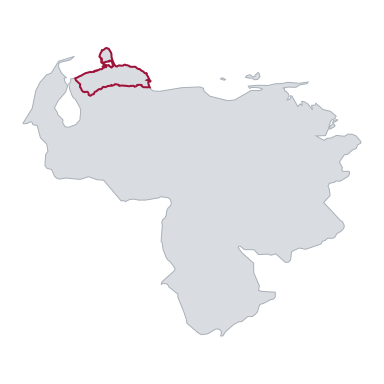 location of Falcón within Venezuela
{"feature_id": "VEN-23", "entity_name": "Falcón", "entity_type": "State", "adm_level": 1, "iso_a3": "VEN", "parent_name": "Venezuela", "parent_adm1": "", "projection": "albers", "projection_center": [-69.856, 11.252], "detail": "fine", "context": "in_parent", "style": "outline", "palette": "rose", "viewbox_px": 384, "rotation_deg": 0, "n_neighbors": 0, "source": "natural_earth", "source_scale": "10m", "svg_char_len": 8105}
<svg xmlns="http://www.w3.org/2000/svg" viewBox="0 0 384 384"><path d="M356.1,135.9L361.0,141.8L360.6,143.3L357.7,144.8L356.2,148.4L352.6,150.0L347.6,154.3L344.3,154.8L339.4,162.0L342.4,167.3L341.8,170.1L343.1,171.4L349.1,171.4L349.7,172.8L349.0,175.1L348.0,176.5L340.0,181.3L336.1,180.9L334.5,182.3L329.3,183.4L328.0,186.1L329.4,189.7L330.1,195.5L323.7,202.6L340.6,220.6L342.4,221.5L344.3,225.7L343.8,228.3L341.0,231.3L336.9,233.6L334.6,237.5L332.1,238.4L327.6,238.2L325.4,240.3L322.6,241.2L320.8,244.1L305.7,249.3L299.2,248.0L291.6,251.6L290.5,260.3L288.2,262.3L285.4,262.4L275.8,253.9L271.0,255.2L267.8,254.1L258.5,254.6L254.0,249.7L244.3,249.6L240.6,246.3L238.9,246.3L238.1,247.4L242.0,252.8L253.6,263.2L253.8,272.8L259.4,286.0L258.5,290.3L261.7,291.4L275.3,292.2L275.3,296.9L273.6,299.1L270.9,299.5L264.0,303.2L259.8,304.5L257.2,312.3L255.0,314.6L252.5,316.5L247.8,316.6L241.6,321.7L239.4,321.6L234.1,324.2L225.7,331.5L222.9,335.9L220.7,336.0L221.5,332.2L220.4,330.1L218.4,329.1L216.5,328.9L214.1,330.0L207.8,333.8L201.6,334.7L198.3,333.0L186.8,323.2L186.5,319.8L183.8,311.8L177.8,297.1L177.9,294.2L168.8,286.8L167.5,284.2L163.7,283.3L161.3,284.3L161.9,281.8L174.1,271.0L175.2,268.6L170.3,261.8L167.7,259.9L166.2,257.5L163.0,249.1L162.2,242.7L161.1,241.4L162.3,225.7L161.8,222.3L162.7,219.6L165.0,217.8L166.3,215.0L166.6,211.2L168.0,208.1L170.5,205.7L171.4,203.2L170.3,199.4L168.1,197.8L160.7,196.7L158.7,197.9L145.3,200.1L138.7,200.1L133.6,199.1L129.8,199.5L125.3,201.6L123.1,200.4L121.3,201.0L103.6,180.2L97.1,179.7L88.4,176.7L81.4,179.1L78.5,179.3L66.2,178.0L59.4,179.1L56.5,178.0L54.6,176.4L51.5,169.4L46.9,168.3L44.9,165.5L45.7,154.4L47.9,151.4L47.2,146.3L46.5,143.9L40.4,137.7L37.2,125.5L33.1,124.8L31.9,122.2L30.7,121.7L27.4,123.3L23.8,123.9L23.0,123.2L32.2,108.3L35.8,90.6L40.3,82.0L46.4,75.0L51.3,73.0L58.6,61.2L74.4,56.4L70.2,60.0L60.8,62.2L58.6,63.6L58.8,67.6L61.5,73.2L66.3,77.7L64.1,78.2L65.0,82.2L67.3,85.0L67.4,86.7L65.6,92.1L58.3,100.5L54.4,107.9L57.3,112.3L57.7,114.5L63.1,120.0L62.5,122.2L64.9,126.7L68.6,127.3L76.0,124.5L79.9,119.8L80.7,110.8L80.0,107.6L75.6,99.7L72.5,96.7L69.9,89.9L68.7,83.7L70.7,82.2L70.5,79.0L75.6,78.1L86.6,72.9L93.4,71.6L101.2,68.8L104.5,65.1L105.7,64.8L109.8,67.0L111.8,66.2L112.5,64.5L111.4,61.2L102.2,62.4L99.9,55.8L101.9,50.5L106.8,48.5L110.4,51.6L112.8,61.1L116.0,66.1L125.9,65.1L135.9,67.3L146.6,74.0L149.7,81.1L148.4,82.9L149.2,85.9L150.7,89.0L153.1,90.9L159.7,91.3L181.6,87.7L200.0,86.9L203.5,88.3L203.9,90.9L209.9,96.2L227.9,100.7L234.8,99.9L251.1,90.5L259.9,90.6L262.4,89.1L259.1,87.8L251.8,87.4L249.6,88.4L248.3,86.1L258.8,85.2L268.1,85.5L275.7,83.7L281.7,83.6L287.7,82.3L299.2,83.3L308.1,82.0L307.1,83.6L299.5,85.0L295.9,87.3L288.1,87.1L282.6,88.0L284.4,88.5L284.5,90.8L286.0,91.2L288.4,93.9L289.1,96.2L287.2,99.9L289.4,99.4L290.7,98.2L290.6,95.7L291.9,96.1L297.8,106.5L300.2,103.9L302.0,105.4L301.8,101.4L303.8,101.5L308.0,104.0L312.5,109.9L311.6,105.3L315.1,105.2L315.9,103.2L323.1,109.6L330.5,111.3L336.1,116.1L335.0,118.5L331.8,119.9L330.6,121.4L328.3,129.3L325.4,135.6L316.1,135.9L324.1,140.4L326.8,138.4L330.7,138.1L336.5,135.4L344.5,136.3L348.0,134.1L352.3,134.3L356.1,135.9ZM259.1,73.4L260.0,76.6L257.6,79.5L254.2,79.7L251.5,77.9L250.1,78.3L245.5,77.4L246.8,75.6L250.1,74.7L252.7,76.7L254.8,76.7L255.3,75.0L258.0,72.5L259.1,73.4ZM334.7,126.5L329.9,129.2L329.6,126.7L333.3,123.5L335.0,125.3L334.7,126.5ZM225.5,79.6L224.2,80.2L220.5,78.9L221.2,78.0L223.2,78.0L225.5,79.6ZM335.6,121.7L332.6,122.6L333.4,120.7L336.5,119.6L337.7,120.0L335.6,121.7Z" fill="#d9dde1" stroke="#a8b0b8" stroke-width="1"/><path d="M75.2,78.3L77.8,77.3L78.9,76.6L79.1,76.4L80.6,75.9L85.4,73.2L89.3,72.2L90.0,71.9L90.5,72.1L91.4,72.1L94.2,71.8L94.7,71.5L95.1,70.9L94.8,71.0L94.6,71.1L94.5,71.3L94.4,71.6L94.3,71.0L94.9,70.7L96.2,70.9L97.0,70.7L98.9,69.8L99.8,69.2L100.3,69.2L101.2,69.3L102.5,68.7L103.0,68.1L103.3,67.4L103.4,66.9L103.3,66.7L103.1,66.6L102.9,66.5L103.1,66.3L103.4,66.4L103.8,66.5L104.0,66.8L104.2,67.1L104.5,67.4L104.8,67.2L105.0,66.7L105.5,66.8L105.9,67.1L106.0,67.1L106.1,66.8L106.1,66.6L106.0,66.4L105.9,66.3L105.7,66.2L105.8,66.1L105.9,65.9L105.6,65.8L105.6,65.4L104.5,65.1L104.0,65.0L103.9,64.9L104.0,64.8L104.6,64.8L104.3,64.6L104.1,64.5L103.7,64.4L103.4,64.2L102.9,63.8L103.9,64.1L104.6,64.5L105.2,64.8L105.7,65.0L105.9,65.1L106.3,65.2L106.7,65.2L107.2,65.3L107.5,65.5L108.0,65.3L108.3,65.1L108.8,65.3L108.9,65.7L109.1,65.8L109.4,65.7L109.6,66.1L110.0,66.4L110.5,66.6L110.8,67.2L111.5,67.5L112.0,67.2L112.1,66.8L112.9,66.4L113.2,66.1L113.3,65.5L112.7,64.6L112.8,64.1L112.6,63.9L112.2,62.7L112.1,61.9L111.5,60.7L111.3,60.7L111.3,61.2L111.1,61.1L110.8,60.9L110.7,60.7L110.3,60.8L110.1,61.0L109.9,61.2L108.7,61.6L108.2,61.6L108.3,61.2L107.3,61.7L107.0,61.7L106.3,61.8L105.9,61.8L105.7,62.0L105.1,62.3L103.5,62.4L102.3,63.0L101.7,62.8L101.3,62.4L101.2,61.7L101.3,61.6L101.6,61.2L101.7,60.9L101.6,60.7L101.5,59.8L101.2,59.5L101.2,59.3L101.3,59.4L101.7,59.6L101.9,59.7L101.9,59.0L101.8,58.7L101.7,58.4L101.4,58.3L101.3,58.5L101.2,58.8L101.0,59.0L100.9,58.5L100.3,57.6L100.2,57.4L100.0,57.2L100.0,56.7L99.9,56.6L99.5,56.5L99.6,56.2L99.8,55.3L99.8,54.9L99.9,54.5L100.4,53.7L100.5,53.2L100.7,52.8L101.4,51.9L101.7,51.5L101.8,51.1L101.7,50.4L101.9,50.1L102.9,50.1L103.4,50.0L103.8,49.7L105.4,48.4L105.9,48.1L106.5,48.0L106.9,48.1L107.2,48.3L108.3,48.6L108.8,48.9L111.0,52.6L111.3,53.6L111.5,54.7L111.5,56.8L111.7,57.9L113.2,62.2L114.3,64.6L115.2,65.6L116.2,66.4L117.1,66.5L117.7,66.1L118.4,65.6L119.3,65.4L121.4,65.7L122.3,65.7L123.4,65.4L124.0,64.9L124.5,64.7L125.0,64.7L125.7,65.1L126.0,65.2L126.8,65.1L127.1,65.2L128.7,65.8L129.0,65.8L129.1,66.0L129.4,66.3L129.8,66.6L130.1,66.7L131.2,66.9L135.0,66.7L135.5,66.9L135.9,67.2L136.7,68.0L137.2,68.4L137.7,68.7L138.6,69.0L139.0,69.1L139.3,69.1L139.5,69.0L140.2,69.4L140.3,69.5L140.6,70.0L141.2,70.5L143.0,71.4L143.6,71.8L144.0,72.3L144.2,72.6L144.5,72.9L146.1,73.6L146.2,73.3L146.2,73.2L146.3,73.1L146.5,73.2L146.8,73.6L146.6,74.2L146.8,74.9L147.8,76.3L149.3,79.3L149.6,80.0L149.3,80.3L149.2,80.2L148.9,79.9L148.6,79.7L148.2,79.6L147.8,79.7L147.6,79.8L147.3,80.0L147.1,80.1L148.0,80.4L150.0,80.5L150.5,81.0L150.3,81.5L149.9,81.7L148.8,81.7L148.4,81.9L148.2,82.4L148.3,83.0L148.6,84.5L149.4,86.7L149.7,87.3L143.6,87.2L141.8,86.2L141.7,85.6L141.7,85.2L141.3,85.0L140.8,84.9L140.3,84.9L139.9,84.8L138.9,84.8L138.6,84.9L138.3,85.0L138.0,85.1L137.8,85.0L137.6,84.9L137.4,84.9L137.2,85.0L136.9,85.4L136.6,85.9L136.4,86.1L136.0,86.3L134.6,86.7L134.2,86.2L133.9,85.9L133.6,85.8L132.7,85.8L132.2,85.9L131.3,85.9L131.0,85.8L130.9,85.8L130.3,86.1L129.6,86.2L128.6,86.2L125.9,85.8L125.7,85.8L125.3,85.9L125.1,85.9L124.9,85.8L124.7,85.7L121.1,85.5L120.7,85.6L119.6,85.9L119.4,85.9L119.2,85.8L119.1,85.7L119.0,85.4L119.0,85.2L118.9,85.0L118.8,84.9L118.4,84.7L117.1,84.6L115.8,84.2L115.5,84.1L115.3,84.1L114.1,84.9L113.2,85.4L112.1,85.7L111.9,85.8L111.6,85.8L111.4,85.7L111.5,85.4L111.7,85.2L111.3,85.0L111.2,85.1L110.9,85.3L110.6,85.6L110.2,85.8L109.8,85.9L109.6,85.9L109.3,85.9L109.1,85.9L108.9,86.0L108.7,86.1L108.4,86.0L108.2,86.0L107.9,86.0L107.7,86.0L107.2,86.3L106.5,86.7L106.1,86.9L105.8,87.1L105.5,87.2L105.3,87.2L104.1,86.9L103.4,86.9L103.2,86.9L103.0,87.0L102.9,87.0L102.7,87.2L102.6,87.4L102.3,88.0L101.9,88.3L101.5,88.5L101.3,88.6L101.2,88.8L101.2,89.0L100.8,89.3L99.9,89.1L99.3,89.1L98.9,89.2L98.7,89.3L98.5,89.6L98.3,89.8L97.7,90.1L97.3,90.3L97.1,90.5L96.9,90.9L96.6,91.2L96.1,91.4L95.7,91.5L95.2,91.7L94.7,92.1L94.5,92.5L94.2,93.1L94.1,93.4L93.9,93.8L93.8,94.1L93.6,94.2L93.3,94.3L92.8,94.4L92.2,94.5L91.7,94.8L91.1,95.2L90.8,95.5L90.6,95.7L90.1,95.5L89.7,95.5L89.2,95.3L88.8,95.0L88.6,94.7L88.6,94.3L88.6,93.7L88.4,92.9L87.9,92.3L87.6,91.9L87.0,91.8L85.7,91.9L84.9,92.1L84.6,92.2L84.3,92.1L83.9,91.8L83.6,91.8L83.3,91.8L83.2,91.8L83.0,91.6L82.7,91.2L81.8,90.3L81.6,90.1L81.5,89.5L81.4,89.3L81.3,88.9L81.1,88.5L81.0,88.2L80.7,88.0L80.4,87.6L80.2,87.4L80.1,87.2L80.2,86.8L80.2,86.7L80.0,86.3L80.0,86.1L80.0,85.9L80.0,85.6L80.2,84.6L80.2,84.3L80.0,84.0L78.8,83.0L78.6,82.9L78.2,82.5L77.2,81.4L76.8,81.1L76.3,80.7L76.1,80.4L75.8,80.0L75.2,78.4L75.2,78.3Z" fill="none" stroke="#9f1239" stroke-width="2"/></svg>